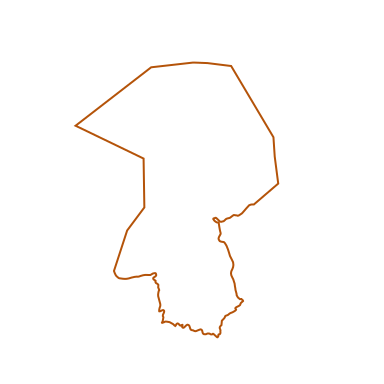 the district of San Rafael, Lempira, Honduras, rotated 229°
{"feature_id": "27666195B54610294304045", "entity_name": "San Rafael", "entity_type": "district", "adm_level": 2, "iso_a3": "HND", "parent_name": "Honduras", "parent_adm1": "Lempira", "projection": "albers", "projection_center": [-88.427, 14.711], "detail": "fine", "context": "isolated", "style": "outline", "palette": "amber", "viewbox_px": 384, "rotation_deg": 229, "n_neighbors": 0, "source": "geoboundaries", "source_scale": "gbopen_adm2", "svg_char_len": 5531}
<svg xmlns="http://www.w3.org/2000/svg" viewBox="0 0 384 384"><g transform="rotate(229 192 192)"><path d="M261.4,304.2L279.2,288.2L286.8,280.1L289.0,277.7L312.9,243.0L318.4,147.6L249.0,177.4L211.6,145.9L205.5,117.8L183.6,81.3L181.5,80.5L179.3,79.9L179.0,79.9L178.4,79.8L178.1,79.8L176.6,80.0L175.3,80.2L175.1,80.3L174.7,80.5L174.4,80.7L173.4,81.6L171.9,82.9L170.7,84.1L169.9,85.0L169.2,86.0L168.6,87.0L168.1,87.9L167.4,89.5L167.0,90.4L166.6,91.1L165.6,93.0L164.6,94.4L164.3,94.9L163.8,95.3L163.6,95.6L163.1,96.3L162.8,97.0L162.3,98.3L161.9,99.1L161.3,100.4L160.3,102.0L160.1,102.3L159.7,102.8L158.0,104.6L156.8,106.0L156.7,106.1L156.6,106.4L156.5,107.0L156.4,107.6L156.2,108.6L156.1,109.1L155.7,109.8L155.3,110.5L154.9,111.0L154.6,111.2L154.1,111.2L153.8,111.0L153.5,110.9L153.1,110.7L152.8,110.5L152.6,110.3L152.5,110.1L152.4,109.6L152.3,109.0L152.4,108.5L152.5,107.5L152.6,107.1L152.6,106.7L152.4,106.3L152.3,106.1L152.2,106.0L151.9,105.9L151.6,105.7L151.3,105.7L151.0,105.7L150.6,105.8L150.1,106.0L149.8,106.1L149.3,106.2L148.9,106.2L148.7,106.2L148.5,105.9L148.4,105.6L148.1,105.4L147.9,105.3L147.6,105.2L147.1,105.1L146.9,105.2L146.6,105.2L145.8,105.5L145.4,105.6L144.8,105.7L144.4,105.7L144.1,105.7L143.9,105.6L143.7,105.4L143.0,104.7L142.2,103.9L139.9,103.1L139.6,102.9L139.4,102.8L139.2,102.2L139.0,101.8L138.5,101.1L137.7,100.1L137.3,99.7L136.9,99.2L136.4,98.8L135.9,98.4L135.5,98.1L134.9,97.8L128.8,94.8L128.2,94.5L127.7,94.1L127.1,93.6L126.7,93.1L126.4,92.7L126.0,91.9L125.7,91.4L124.7,90.1L124.5,89.9L124.2,89.6L123.8,89.2L123.5,89.0L123.4,89.0L123.0,89.5L122.8,90.0L122.5,91.1L122.3,91.8L122.1,92.3L121.9,92.6L121.6,92.9L121.3,93.0L121.1,93.0L120.9,93.0L120.7,93.0L120.3,92.8L119.9,92.4L119.5,91.9L119.2,91.3L118.9,90.6L118.7,90.2L118.5,89.8L118.2,89.3L117.8,88.9L117.5,88.6L117.1,88.5L116.7,88.4L116.2,88.2L113.8,85.2L113.6,85.0L113.5,84.5L113.3,84.1L113.2,83.7L112.9,83.6L112.7,83.8L112.5,84.4L112.1,85.4L111.9,86.3L111.8,86.7L111.6,86.9L111.4,87.2L110.7,87.9L109.7,88.7L108.9,89.4L108.4,89.7L108.0,89.9L106.8,90.3L104.9,91.0L104.4,91.1L103.5,91.2L102.9,91.2L102.3,91.4L102.0,91.5L101.9,91.5L101.9,92.1L102.1,92.5L102.4,93.3L102.5,93.9L102.5,94.2L102.4,94.5L102.3,94.8L102.1,95.0L101.7,95.2L101.3,95.3L100.8,95.4L100.2,95.3L99.9,95.3L99.3,95.4L99.0,95.5L98.8,95.6L98.7,95.7L98.6,95.8L98.6,96.4L98.4,96.8L98.0,97.6L97.8,97.6L97.5,97.2L96.9,96.3L96.7,96.1L96.3,96.0L95.9,96.0L95.6,96.1L95.3,96.3L95.2,96.5L95.0,96.9L95.0,97.1L95.0,98.0L95.1,99.8L95.1,100.4L95.0,101.0L94.9,101.4L94.7,101.6L94.4,101.8L94.1,102.0L93.8,102.1L93.4,102.2L93.0,102.2L92.6,102.1L92.3,102.0L91.8,101.8L91.1,101.5L90.7,101.3L90.1,101.1L89.5,100.9L89.1,100.8L88.8,100.9L88.5,100.9L88.1,101.1L87.8,101.3L87.6,101.4L87.2,101.8L87.0,102.0L86.8,102.1L86.0,102.4L85.4,102.7L84.9,103.1L84.6,103.4L84.4,103.8L84.2,104.3L83.5,106.4L83.0,107.7L82.8,108.2L82.6,108.4L82.5,108.5L82.1,108.7L81.8,108.8L81.5,108.8L81.1,108.8L80.7,108.7L80.3,108.5L79.2,107.9L78.5,107.6L78.1,107.5L77.7,107.5L77.4,107.6L77.2,107.6L76.8,107.8L76.5,108.1L76.1,108.5L75.7,109.0L75.5,109.3L75.4,109.6L75.2,110.3L75.1,110.7L74.8,111.1L74.5,111.5L74.1,111.9L73.6,112.3L73.2,112.5L72.6,112.6L72.4,112.7L72.1,112.9L71.8,113.2L71.5,113.6L71.3,113.9L71.3,114.3L71.3,114.7L71.2,114.8L71.0,115.0L70.6,115.1L66.3,115.6L65.9,115.7L65.7,115.9L65.6,116.0L65.7,116.6L65.8,116.9L65.9,117.2L66.4,117.6L66.7,118.0L66.9,118.3L67.0,118.5L66.9,119.0L66.6,119.4L66.5,119.5L66.5,119.9L66.6,120.3L66.9,120.9L67.2,121.2L68.0,121.8L68.7,122.5L69.0,122.8L69.5,123.0L69.9,123.2L70.8,123.5L71.2,123.7L71.5,124.0L71.8,124.4L72.1,125.3L72.2,126.0L72.2,126.7L72.3,126.8L72.3,127.0L74.8,129.6L75.2,130.0L75.3,130.3L75.5,132.8L75.7,134.0L76.0,134.7L76.2,135.1L76.4,135.4L76.5,135.7L76.5,136.0L76.4,136.3L76.3,136.7L75.9,137.7L75.7,138.3L75.6,138.9L75.6,139.8L75.6,140.4L75.5,141.1L75.4,141.6L75.1,142.4L74.7,143.5L74.5,144.3L74.2,145.9L74.1,146.6L74.1,147.4L74.2,147.9L74.3,148.1L74.7,148.2L75.2,148.3L75.5,148.3L75.8,148.4L76.0,148.8L76.0,149.4L76.0,149.8L75.3,152.6L75.2,153.5L75.2,153.8L75.2,154.2L75.3,154.4L75.4,154.6L75.7,155.0L75.8,155.3L76.1,155.9L76.2,156.4L76.2,158.9L76.2,159.0L76.5,159.2L76.9,159.3L77.3,159.2L78.3,159.1L78.8,159.1L79.7,157.9L81.9,157.5L83.1,157.6L84.8,158.0L85.9,158.8L87.9,159.8L89.4,160.5L91.2,161.7L92.6,162.5L95.0,164.1L96.9,164.9L98.9,165.8L100.9,166.3L103.3,167.0L105.1,168.1L106.4,169.7L107.4,172.0L108.4,173.8L109.8,175.4L112.0,176.9L114.4,177.6L118.8,178.7L122.1,180.2L125.1,181.5L128.9,182.8L131.9,183.3L133.3,183.2L133.9,182.7L134.7,182.0L135.6,181.3L136.8,180.7L137.5,180.9L138.2,180.9L138.5,181.0L138.9,181.2L139.3,181.4L139.7,181.8L139.9,182.1L140.2,182.6L140.4,183.0L141.5,185.9L141.7,186.2L141.9,186.4L142.3,186.7L143.7,187.4L145.2,188.2L147.7,189.7L150.2,191.3L150.7,191.6L151.1,191.8L151.3,191.8L152.1,191.4L152.8,190.8L153.3,190.6L154.0,190.4L154.8,190.2L156.0,190.1L156.8,190.2L157.6,190.3L157.8,190.5L157.9,190.8L157.8,191.2L157.4,191.9L157.3,192.1L157.3,192.5L157.2,192.7L157.0,192.9L156.8,193.1L156.4,193.2L156.0,193.3L152.6,193.6L151.9,193.6L151.7,193.6L151.3,193.8L150.8,194.1L150.5,194.4L150.2,194.7L149.9,195.4L149.5,196.2L149.3,196.5L149.2,196.9L149.2,197.4L149.2,198.3L149.3,199.7L149.2,200.1L149.1,200.6L149.0,200.9L148.8,201.4L147.9,203.1L147.7,203.6L147.6,204.0L147.4,207.3L147.2,208.4L146.5,209.1L145.7,209.7L145.0,210.4L144.0,211.0L143.6,212.0L143.3,214.1L143.1,215.8L143.5,218.8L144.0,222.2L144.5,226.5L143.8,228.3L143.0,229.4L142.0,230.5L141.8,262.6L164.5,277.7L179.9,289.4L261.4,304.2Z" fill="none" stroke="#b45309" stroke-width="2"/></g></svg>